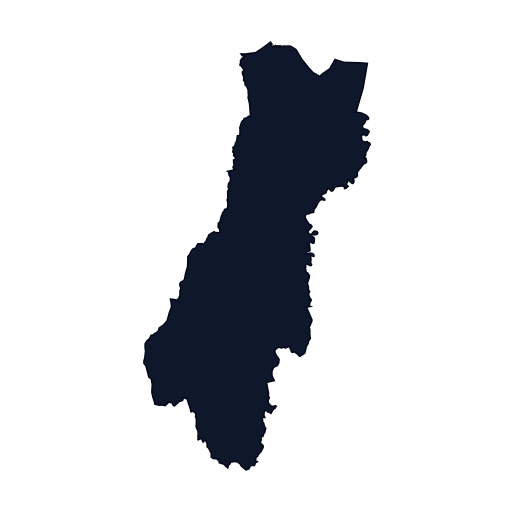 Mang Yang, Gia Lai, Vietnam (Natural Earth projection), rotated 188°
{"feature_id": "81297802B73536270925214", "entity_name": "Mang Yang", "entity_type": "district", "adm_level": 2, "iso_a3": "VNM", "parent_name": "Vietnam", "parent_adm1": "Gia Lai", "projection": "natural_earth1", "projection_center": [108.295, 13.956], "detail": "fine", "context": "isolated", "style": "filled", "palette": "ink", "viewbox_px": 512, "rotation_deg": 188, "n_neighbors": 0, "source": "geoboundaries", "source_scale": "gbopen_adm2", "svg_char_len": 6081}
<svg xmlns="http://www.w3.org/2000/svg" viewBox="0 0 512 512"><g transform="rotate(188 256 256)"><path d="M258.4,467.6L259.9,466.9L260.8,467.6L261.3,467.2L262.0,467.4L262.6,466.5L263.5,467.2L264.3,466.8L266.2,467.2L266.5,466.1L267.3,465.9L267.8,466.3L267.9,465.5L268.9,465.4L269.9,466.7L269.7,467.8L270.2,468.1L270.1,468.8L270.6,469.0L271.0,468.4L271.4,469.8L279.7,461.7L284.8,457.3L295.1,454.5L299.0,454.0L297.4,452.3L296.1,452.3L295.5,451.6L296.1,450.4L295.9,449.4L297.3,450.0L298.6,447.1L298.2,445.8L298.5,442.8L297.1,442.3L296.5,441.2L295.7,441.1L294.8,439.6L293.6,438.4L295.1,436.3L294.7,434.4L293.2,431.9L292.6,427.8L291.3,427.6L290.8,424.4L290.2,423.4L289.1,423.1L287.0,419.6L285.8,413.5L285.9,411.9L283.6,405.9L280.9,393.6L282.6,393.5L284.4,391.5L286.8,390.6L287.2,389.2L288.9,386.7L289.9,380.8L289.2,377.7L288.8,373.3L291.2,372.4L291.1,368.4L291.4,366.4L292.2,364.8L292.1,363.3L292.8,361.3L294.1,360.0L293.3,359.1L293.5,355.8L292.1,354.4L292.2,352.4L290.3,350.8L289.7,349.1L291.6,348.0L291.0,344.8L290.3,343.7L291.1,340.6L289.6,338.1L295.9,335.9L294.7,335.3L294.0,332.5L292.4,330.5L291.9,327.9L292.1,325.5L293.2,324.2L293.3,323.0L293.2,320.0L292.1,319.0L292.0,318.3L293.1,316.5L292.0,308.6L292.5,307.4L291.9,306.7L291.1,303.5L290.8,300.2L291.9,298.4L293.6,297.8L293.9,296.1L295.3,293.7L295.1,292.5L295.7,291.4L296.6,284.4L297.9,283.3L297.6,279.3L296.0,277.9L294.9,274.5L296.2,273.9L299.4,273.6L300.8,274.2L303.1,272.6L305.8,270.1L306.1,267.8L307.2,265.9L307.3,263.8L308.4,262.5L309.5,260.0L311.0,260.8L315.3,260.0L316.3,257.6L316.8,255.4L319.0,254.6L320.2,253.3L322.3,247.6L323.4,246.2L322.3,236.1L323.3,229.0L323.6,222.8L324.3,221.6L326.9,219.5L327.6,217.9L327.5,216.8L325.8,213.3L326.5,211.3L325.8,205.8L326.3,205.1L326.1,204.4L328.0,201.3L331.8,201.6L334.8,201.4L333.6,198.1L332.6,193.8L333.9,188.1L335.0,179.5L338.2,174.6L341.9,171.2L342.2,168.5L343.8,166.3L345.1,165.5L347.0,163.5L348.9,162.9L349.9,159.4L351.9,157.3L353.6,153.6L353.1,149.8L352.1,146.4L352.0,139.6L352.4,136.4L352.1,134.2L349.7,131.9L345.2,121.0L343.0,120.1L342.5,119.2L340.9,114.5L340.2,106.6L338.7,102.4L336.2,97.3L335.6,95.2L330.9,94.7L328.8,95.3L325.0,95.2L322.1,99.0L321.2,99.2L318.4,98.6L317.2,96.7L316.0,96.1L311.6,101.3L308.7,102.6L308.3,103.8L308.5,105.7L304.5,105.0L299.6,95.2L298.9,92.9L298.1,92.7L296.8,93.9L293.4,91.1L293.6,88.7L292.2,85.8L291.5,78.5L289.1,74.6L288.4,71.2L288.5,69.4L288.0,68.0L288.0,66.0L287.6,65.9L285.3,67.6L284.1,66.8L282.5,64.4L281.1,66.1L279.6,65.7L278.4,63.5L277.8,60.1L276.9,59.8L274.4,56.9L274.1,55.8L273.0,55.0L272.4,50.6L269.8,49.4L268.3,49.7L265.7,49.5L265.2,48.5L263.9,47.8L263.6,46.1L259.1,45.4L254.5,42.2L254.0,45.3L253.0,46.3L252.3,48.4L248.1,49.6L246.7,49.4L245.7,49.8L244.5,48.7L243.0,48.1L241.3,45.9L236.1,42.7L233.4,44.3L232.6,46.8L232.1,47.5L230.5,48.1L228.7,48.2L228.1,48.9L227.9,51.1L226.0,52.4L228.2,53.3L227.7,57.3L226.6,57.7L226.2,59.2L225.0,61.5L224.1,62.3L222.3,67.4L222.3,68.6L223.0,69.7L225.8,71.4L225.2,74.9L225.9,77.0L223.7,78.9L223.8,80.9L222.7,82.5L222.7,84.3L222.3,86.6L223.1,86.8L223.4,88.1L224.2,89.0L225.1,91.6L226.5,92.8L226.5,94.2L227.2,95.7L226.8,96.8L226.0,97.3L224.8,97.3L226.2,99.8L225.9,104.0L225.5,104.6L224.9,104.5L223.2,103.7L222.4,103.0L220.9,103.5L220.4,102.7L219.3,102.2L217.5,106.7L216.0,107.8L215.0,110.1L216.4,110.4L217.9,109.4L220.0,109.5L222.0,110.8L223.7,112.9L223.8,114.9L223.1,117.4L224.4,119.6L224.4,121.5L228.0,132.3L220.6,135.1L223.5,139.7L224.2,144.2L223.2,147.7L222.1,149.0L220.9,149.5L219.5,150.7L218.6,153.4L218.8,157.0L222.3,160.7L223.7,163.0L224.3,166.0L223.3,166.5L221.4,168.6L220.0,168.8L217.9,168.4L216.7,169.4L214.0,169.0L210.1,171.3L209.5,169.4L208.2,167.7L207.9,166.5L207.0,165.6L206.2,165.6L205.3,166.3L204.2,166.2L201.0,164.5L199.2,162.9L198.2,163.0L194.4,166.4L194.0,167.5L193.6,173.3L192.3,176.3L192.1,178.9L190.7,182.0L191.7,185.3L192.4,190.5L193.4,192.5L191.7,198.9L191.6,200.4L197.8,210.6L199.4,212.1L194.9,213.7L196.4,214.1L196.5,214.5L195.7,218.9L195.2,219.4L195.3,220.5L196.9,222.1L197.9,223.7L198.5,225.4L198.4,227.2L198.0,228.5L199.4,229.6L199.9,233.2L201.2,235.4L201.2,237.0L200.2,242.4L200.5,243.4L200.3,244.1L201.6,245.2L202.0,246.1L203.8,246.9L204.7,248.2L204.9,248.7L204.7,249.5L205.3,250.1L205.7,251.5L205.8,252.0L205.1,252.1L205.7,253.7L205.0,255.3L201.1,254.0L200.1,254.2L199.7,255.1L201.0,257.0L201.1,260.9L201.7,262.2L201.7,263.4L201.3,264.2L199.2,263.6L198.6,263.7L198.5,264.2L199.2,265.6L200.8,266.4L202.5,266.5L205.7,265.3L206.3,265.4L206.8,266.0L206.5,267.0L203.7,268.4L203.2,269.3L204.7,274.7L204.8,277.3L204.2,277.7L201.4,276.4L200.6,276.9L200.2,277.9L200.7,281.7L201.4,282.5L203.5,283.3L203.8,284.4L203.1,285.0L200.7,285.1L198.7,285.9L198.2,286.5L198.0,287.6L199.0,288.7L201.4,288.9L202.1,288.6L204.4,285.0L205.5,285.0L207.1,285.9L207.8,286.8L207.7,288.6L206.7,289.4L204.6,292.8L206.2,294.7L207.7,294.7L211.4,299.0L212.7,301.1L212.8,303.0L211.8,304.6L209.5,305.1L207.8,306.4L205.1,307.2L204.9,310.6L203.6,312.5L201.7,318.0L199.9,320.6L198.6,321.0L195.8,320.8L195.8,321.8L199.1,323.5L199.7,324.8L198.9,326.1L195.5,328.2L195.2,330.4L194.2,332.5L192.9,332.7L190.8,330.9L189.9,330.8L189.0,331.4L187.6,334.7L186.8,335.6L181.3,337.2L178.9,337.2L178.3,336.7L177.7,335.1L176.5,335.4L174.4,337.8L176.7,339.7L175.6,341.9L176.2,343.2L175.6,344.1L171.3,341.5L170.6,341.2L169.9,341.5L169.3,343.2L170.3,346.9L168.5,347.6L167.0,348.9L166.8,349.8L167.3,352.3L167.1,353.7L162.2,362.2L160.3,363.4L159.5,364.7L160.7,368.1L161.4,368.5L162.7,368.1L163.0,368.6L161.4,370.9L161.7,373.6L159.7,378.1L159.6,379.6L158.4,382.3L159.1,383.7L160.7,383.9L161.9,384.9L163.9,383.9L166.3,384.6L167.2,385.5L168.2,388.7L168.2,390.0L167.2,390.9L165.1,391.2L164.1,390.3L162.7,391.1L161.3,394.8L161.5,395.4L163.7,396.6L167.8,397.1L168.6,399.7L168.6,400.9L167.5,401.9L166.6,403.7L166.4,406.1L163.9,406.9L163.6,407.4L163.7,408.4L165.4,410.1L167.3,411.0L171.2,412.2L176.9,412.5L173.3,437.2L172.5,462.3L180.1,461.8L196.0,460.0L205.1,461.6L209.1,451.6L216.1,445.2L217.7,442.7L225.1,445.6L230.4,450.0L238.0,457.2L245.1,466.0L251.3,468.7L258.4,467.6Z" fill="#0f172a" stroke="#020617" stroke-width="1.5"/></g></svg>